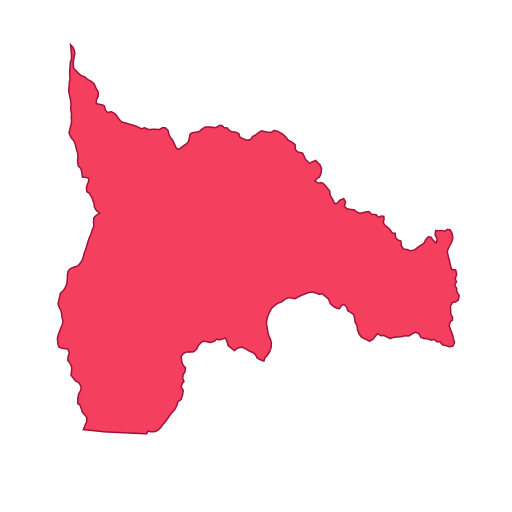 the district of Monte Azul, Minas Gerais, Brazil, rotated 186°
{"feature_id": "56859067B54677813263990", "entity_name": "Monte Azul", "entity_type": "district", "adm_level": 2, "iso_a3": "BRA", "parent_name": "Brazil", "parent_adm1": "Minas Gerais", "projection": "equal_earth", "projection_center": [-42.986, -15.214], "detail": "fine", "context": "isolated", "style": "filled", "palette": "rose", "viewbox_px": 512, "rotation_deg": 186, "n_neighbors": 0, "source": "geoboundaries", "source_scale": "gbopen_adm2", "svg_char_len": 5387}
<svg xmlns="http://www.w3.org/2000/svg" viewBox="0 0 512 512"><g transform="rotate(186 256 256)"><path d="M298.1,380.4L301.1,380.2L303.2,382.1L305.8,382.2L308.1,380.3L310.4,379.2L313.3,379.6L316.6,379.4L320.1,378.9L322.9,376.7L325.5,373.8L329.7,372.6L332.4,371.9L334.4,370.2L334.6,366.8L335.1,362.9L336.8,360.3L339.5,358.2L342.3,355.4L344.5,353.9L346.7,355.2L348.8,358.8L351.0,362.5L353.2,364.5L355.2,367.6L356.6,371.6L359.4,374.0L362.5,373.9L365.4,371.6L369.1,371.6L372.2,371.2L375.1,370.6L377.4,370.9L380.1,371.9L383.3,370.6L386.2,371.6L388.5,372.5L391.1,373.1L394.6,373.7L398.5,374.5L401.6,374.9L404.3,375.7L406.8,378.1L409.3,381.1L411.6,383.0L415.2,384.4L418.7,383.2L421.2,385.7L422.4,389.3L424.7,390.3L427.6,390.5L430.6,390.8L431.1,394.4L429.6,398.6L430.0,402.5L432.9,406.6L434.9,410.2L438.1,412.5L442.0,414.0L445.0,416.2L447.8,416.9L450.1,418.0L453.3,420.6L456.8,423.4L458.0,428.3L457.8,433.8L457.3,438.5L458.2,441.5L460.0,444.6L462.5,446.7L461.5,441.9L460.6,437.1L460.1,432.5L460.9,429.0L460.7,423.5L460.6,419.6L460.1,416.0L459.5,412.8L459.8,409.2L459.6,404.9L459.7,401.1L458.2,396.2L456.8,391.9L455.9,388.1L455.6,382.8L454.4,378.3L454.2,374.7L453.5,370.6L453.7,367.3L454.3,363.6L454.8,358.7L452.3,354.4L449.0,351.3L447.2,347.6L445.7,343.2L444.0,339.3L443.5,336.2L443.4,331.6L442.1,326.8L439.5,324.9L438.0,321.2L437.0,316.4L433.8,316.4L430.5,315.8L430.3,312.5L431.3,309.3L431.8,305.9L430.9,302.2L428.4,301.0L425.7,297.5L423.8,293.8L422.5,291.0L421.9,287.7L419.5,284.6L415.9,282.2L419.1,279.8L421.2,277.1L421.2,273.1L420.4,268.7L421.8,264.0L422.5,260.1L423.7,256.7L424.4,253.8L425.1,250.0L426.0,245.1L427.2,240.8L427.6,237.3L428.5,233.4L430.9,229.1L433.1,226.9L436.2,225.9L439.3,224.0L441.3,221.3L441.6,217.7L441.3,213.4L441.3,208.3L442.4,204.7L444.1,201.3L446.6,198.6L447.3,192.7L447.9,187.7L446.5,184.6L444.4,181.6L443.3,178.2L442.5,174.5L441.1,171.1L441.5,167.6L442.5,164.3L443.3,161.3L444.3,157.7L444.9,153.2L444.0,148.4L442.5,144.8L438.9,143.9L436.4,143.8L433.5,143.9L431.5,140.2L432.4,135.9L432.3,132.5L429.7,129.8L427.7,126.2L427.4,122.7L427.5,118.1L425.0,115.5L422.4,112.8L419.7,112.0L417.8,110.0L416.1,107.3L416.5,103.4L418.0,100.3L418.3,95.0L417.9,90.5L415.4,89.3L414.0,86.2L412.2,82.3L409.4,79.8L407.5,77.7L407.0,73.8L408.5,69.2L409.6,65.3L388.0,65.3L346.2,67.7L345.1,70.6L341.9,70.2L338.0,70.8L335.1,72.7L333.1,75.0L331.3,78.2L328.9,81.6L326.3,86.1L324.4,89.8L322.7,92.0L320.3,95.6L319.1,99.2L318.4,102.9L315.5,105.5L314.5,110.1L314.3,114.8L316.8,117.9L316.1,121.1L314.5,123.8L316.1,126.6L316.1,130.1L314.6,133.4L314.4,137.5L317.0,139.6L318.8,143.2L319.9,147.9L318.1,151.4L315.1,153.2L311.7,153.6L308.0,154.2L305.4,156.9L303.9,161.1L301.0,164.9L298.6,165.8L295.7,165.6L292.4,165.2L288.6,166.8L286.3,169.3L283.7,168.7L280.2,170.2L277.8,171.1L276.1,168.3L274.3,163.9L270.5,161.5L267.6,159.6L264.7,162.5L260.4,163.9L255.7,162.2L252.2,160.5L249.1,159.7L246.3,157.9L244.3,154.8L241.6,153.5L237.2,152.3L236.3,156.0L234.5,158.1L232.7,161.7L231.4,166.3L231.6,171.2L232.9,174.6L234.9,178.0L236.3,181.6L237.2,185.4L238.2,188.4L238.7,192.1L238.2,196.6L236.6,202.0L234.9,205.7L232.3,208.7L229.2,211.4L225.6,213.1L222.4,216.2L219.4,217.9L216.5,218.0L213.0,217.5L209.1,220.1L205.9,222.0L202.5,223.8L199.0,225.5L195.8,225.9L192.9,225.6L189.1,224.4L186.3,225.4L183.1,223.3L179.5,220.8L176.7,216.0L173.4,213.8L170.5,212.6L167.6,212.3L165.5,216.1L163.1,216.9L160.2,214.3L159.1,211.2L156.1,209.8L152.8,208.0L151.4,204.5L150.5,200.3L148.2,197.3L147.3,193.0L145.1,188.9L142.6,186.3L138.6,184.8L134.1,183.1L131.0,185.4L129.1,188.4L126.9,191.5L123.4,189.8L120.4,190.3L117.3,189.1L114.0,187.9L110.3,189.6L106.4,190.3L103.3,190.9L99.4,192.2L95.5,192.5L92.9,194.6L89.5,196.8L85.9,195.8L83.6,192.3L80.2,191.5L76.2,191.5L72.8,190.6L69.9,191.7L67.4,189.7L64.0,189.8L61.2,187.1L57.3,186.7L53.9,185.9L50.7,187.1L49.5,190.7L51.0,194.2L52.1,197.8L54.5,202.5L56.6,207.0L56.0,211.0L53.8,212.8L54.2,215.8L56.1,218.4L56.7,222.1L57.4,226.8L55.4,230.6L52.7,231.1L50.1,233.5L49.9,238.1L52.4,241.1L53.1,244.9L55.4,247.8L53.9,251.4L55.5,254.0L54.5,258.5L55.9,263.0L60.1,263.2L61.7,267.3L63.0,271.3L64.7,275.6L66.3,280.5L65.1,284.9L63.1,289.5L62.1,294.0L63.3,298.9L65.6,302.3L68.5,302.5L70.8,300.3L73.7,300.8L76.7,300.3L80.0,300.1L80.1,295.7L77.5,291.6L78.2,287.7L81.6,290.2L83.9,293.0L86.6,293.1L88.7,290.4L90.4,286.1L93.8,283.4L96.2,281.4L98.8,278.7L103.0,277.3L106.5,278.3L109.8,278.2L112.5,281.4L113.5,286.1L116.1,286.5L119.1,288.8L119.9,293.2L122.8,293.0L125.4,296.2L128.1,298.4L130.9,299.8L132.9,302.4L132.5,305.6L133.0,308.8L135.8,308.8L138.1,307.2L141.0,309.7L145.3,309.5L148.3,312.0L152.0,311.2L154.8,309.9L157.8,309.5L160.8,310.5L163.0,312.2L166.7,312.2L170.4,312.5L173.3,314.6L172.5,319.0L174.8,322.3L178.6,320.2L180.9,316.8L183.4,316.4L185.6,320.2L188.5,323.9L189.5,328.3L192.1,330.9L194.8,333.6L196.7,335.2L199.0,335.8L201.9,335.0L205.2,336.7L203.4,339.5L201.2,341.0L200.1,344.4L199.9,349.7L201.8,353.2L203.8,354.9L206.7,357.3L209.8,355.6L212.4,353.8L214.7,355.6L217.1,357.5L218.6,360.3L220.5,363.3L223.2,363.6L225.7,363.9L227.9,366.1L228.8,371.0L232.3,373.1L235.9,374.5L239.3,377.9L242.2,380.0L244.6,381.1L247.6,382.3L251.0,382.8L253.8,380.6L256.8,380.3L260.3,380.6L263.7,381.1L266.4,378.9L269.5,376.0L271.9,374.5L273.4,371.4L276.4,370.4L278.8,370.6L281.2,371.3L284.3,372.4L285.9,375.9L289.5,377.1L293.3,377.0L295.8,378.2L298.1,380.4Z" fill="#f43f5e" stroke="#9f1239" stroke-width="1.5"/></g></svg>